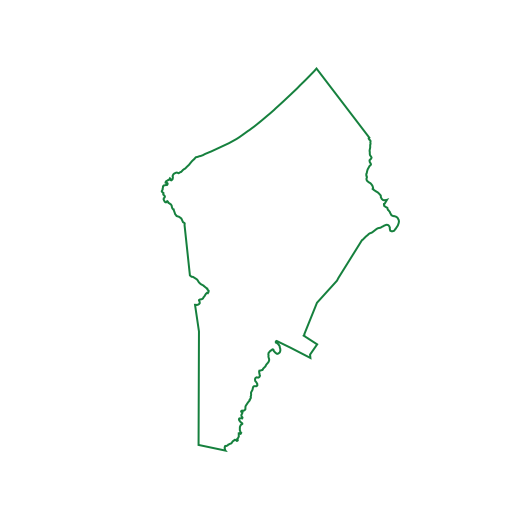 the district of San Pedro Mixtepec -Dto. 22 -, Oaxaca, Mexico, rotated 116°
{"feature_id": "50627088B24493610345769", "entity_name": "San Pedro Mixtepec -Dto. 22 -", "entity_type": "district", "adm_level": 2, "iso_a3": "MEX", "parent_name": "Mexico", "parent_adm1": "Oaxaca", "projection": "albers", "projection_center": [-97.055, 15.945], "detail": "fine", "context": "isolated", "style": "outline", "palette": "green", "viewbox_px": 512, "rotation_deg": 116, "n_neighbors": 0, "source": "geoboundaries", "source_scale": "gbopen_adm2", "svg_char_len": 6149}
<svg xmlns="http://www.w3.org/2000/svg" viewBox="0 0 512 512"><g transform="rotate(116 256 256)"><path d="M148.1,162.9L148.5,163.3L149.5,165.0L149.9,165.7L150.0,166.4L149.8,167.1L149.7,167.8L148.4,169.6L147.3,170.1L146.8,170.7L146.5,171.6L146.1,172.4L145.5,174.3L145.4,174.8L145.4,176.2L145.2,176.8L145.2,177.5L144.9,179.4L144.6,180.5L144.0,180.3L143.0,181.0L141.7,182.3L141.1,183.5L140.6,184.5L140.4,185.3L140.3,187.0L139.9,188.6L139.7,189.2L139.0,190.1L137.8,190.7L137.0,190.7L136.5,190.9L135.8,191.4L135.8,191.7L135.5,192.0L134.0,192.8L132.9,192.8L131.5,193.2L129.3,193.6L125.3,193.4L124.3,192.9L123.4,192.8L122.6,193.4L121.9,194.7L120.7,195.7L120.0,195.9L119.6,195.7L119.2,195.7L118.8,195.4L118.3,195.3L117.6,195.2L116.9,195.3L116.4,195.9L115.4,197.7L114.5,198.4L112.5,199.4L111.9,199.9L111.2,200.2L110.5,200.4L108.5,200.9L106.0,202.1L105.0,202.2L103.8,203.0L102.5,203.4L101.9,204.2L101.8,205.0L101.2,206.0L100.9,206.3L100.5,206.3L100.0,206.0L61.0,283.8L64.3,284.7L76.3,288.7L83.2,291.2L87.3,292.5L104.8,299.1L115.1,303.2L116.6,303.7L120.2,305.2L122.3,306.1L124.0,306.9L132.6,310.7L140.5,314.4L143.1,315.8L145.5,317.0L147.3,318.1L156.6,323.1L159.4,324.8L166.5,329.8L181.8,342.2L183.2,343.5L184.6,344.7L185.7,345.7L187.0,346.8L188.5,347.8L190.5,349.7L191.1,350.6L192.5,351.9L193.1,352.7L193.7,353.4L195.5,353.9L195.9,353.9L196.3,354.2L196.6,354.2L197.1,354.5L199.1,355.2L201.2,355.7L202.4,356.0L202.9,356.0L206.6,357.4L207.0,357.5L208.5,358.0L209.4,358.7L210.8,359.4L213.2,360.1L213.7,360.7L215.5,361.8L215.7,363.7L216.2,364.4L217.7,365.6L218.6,366.0L219.6,366.1L220.8,366.0L221.1,365.6L221.7,365.2L223.3,364.7L223.8,364.7L225.1,365.2L225.2,365.4L225.2,366.0L224.4,366.7L224.0,366.9L223.9,367.4L224.6,367.4L226.1,367.9L226.4,368.4L227.2,368.8L227.8,369.2L228.1,369.5L228.8,369.6L229.4,369.6L229.8,369.4L229.7,368.7L229.3,367.9L229.4,367.5L229.9,367.0L230.5,367.0L231.0,367.0L231.3,367.2L231.3,367.5L231.9,368.4L232.6,369.1L232.9,369.7L233.6,370.0L234.2,370.1L234.8,369.9L235.4,369.6L236.6,369.4L237.0,369.1L239.1,369.1L239.4,368.8L239.7,368.1L239.8,367.2L240.0,366.7L240.8,366.6L241.1,366.5L241.4,366.2L241.6,365.9L241.6,365.6L241.9,364.8L242.3,364.1L243.1,363.8L243.9,363.9L244.6,364.2L245.7,363.8L247.1,362.0L247.2,361.7L247.4,361.2L247.4,360.8L247.1,360.4L247.0,360.2L245.9,360.0L245.6,359.8L245.6,359.6L245.7,359.3L246.1,358.6L246.7,357.9L246.7,357.7L246.6,356.9L246.8,356.5L246.9,355.4L247.0,355.0L247.3,354.5L247.9,353.7L248.6,353.3L249.9,352.0L250.3,351.1L250.2,350.4L250.9,350.0L251.8,349.0L253.9,346.9L254.6,345.2L254.9,344.9L254.5,342.4L255.0,339.6L257.6,336.4L257.7,334.8L258.1,334.3L259.5,333.8L302.4,306.9L302.9,304.9L302.4,303.4L302.9,299.0L303.3,298.0L304.7,295.8L305.2,294.3L305.5,293.2L305.6,290.1L305.9,289.7L305.9,289.1L306.1,288.6L306.4,287.2L306.6,286.5L306.6,285.5L307.3,285.2L307.7,284.2L307.8,283.8L308.1,283.2L309.3,282.9L309.8,282.9L310.5,283.0L310.4,283.8L311.9,284.4L313.5,284.6L314.3,284.6L315.7,284.9L316.3,285.1L317.3,285.0L318.2,285.5L319.1,286.4L319.5,287.2L320.6,287.9L320.9,287.8L321.4,287.1L321.9,286.6L322.5,286.2L323.1,285.9L323.7,286.0L324.3,286.2L324.7,286.5L325.2,286.8L325.8,287.5L326.1,287.9L326.1,288.4L326.6,289.4L348.8,274.2L451.0,224.8L444.3,198.2L444.0,198.8L443.4,199.0L442.3,200.1L441.6,200.1L441.1,200.4L440.6,200.5L440.1,200.2L439.6,199.2L438.5,198.4L437.6,198.2L437.2,197.7L436.5,197.3L435.4,196.2L434.6,195.9L432.9,195.7L432.3,195.4L431.9,195.2L431.3,194.8L430.8,194.7L430.4,194.4L430.3,193.6L430.6,192.2L430.2,191.7L429.5,191.6L429.1,192.1L428.9,192.6L428.5,192.7L428.2,192.4L425.9,192.3L422.9,193.8L422.6,193.4L422.7,192.8L422.6,191.9L422.0,191.8L421.5,191.8L421.4,192.5L420.4,193.3L420.0,193.9L419.2,194.4L416.8,195.5L415.9,195.6L414.5,195.6L413.0,194.7L412.5,194.9L412.3,195.5L412.3,196.1L412.0,196.7L412.0,197.2L411.5,198.0L411.3,198.6L410.9,199.2L410.1,199.8L409.7,199.8L409.2,199.7L408.7,198.6L408.3,198.2L408.0,197.2L407.2,197.3L406.9,197.7L406.5,198.6L406.2,198.9L405.5,199.4L404.9,199.5L404.0,199.4L402.7,199.5L402.1,199.8L402.5,200.3L402.4,201.1L401.6,201.2L401.0,200.7L401.0,200.0L400.4,199.2L399.8,198.9L398.9,198.4L398.3,198.4L397.5,198.8L395.8,199.5L394.9,199.5L391.1,199.0L388.8,198.4L388.3,198.7L387.8,198.4L387.4,198.4L387.0,198.6L385.9,198.4L385.4,198.6L384.9,199.1L383.9,199.2L382.3,199.8L381.6,200.3L380.8,200.6L379.9,200.6L378.1,200.5L377.5,200.6L376.8,200.7L376.4,200.9L374.7,201.1L373.9,200.7L372.8,198.5L372.2,198.2L371.7,198.1L371.3,198.5L370.6,198.6L370.3,198.9L369.2,200.6L369.0,201.2L368.6,202.0L367.1,202.9L366.1,203.0L365.7,202.9L364.8,202.3L364.6,201.4L364.2,200.5L363.4,200.0L362.5,199.9L361.8,200.0L361.2,200.7L360.3,201.2L360.1,201.5L359.2,202.1L358.6,202.5L357.6,202.7L357.1,201.9L356.8,201.5L356.2,201.1L356.0,200.7L355.7,200.3L355.1,200.1L354.4,200.2L353.8,200.1L351.0,199.1L350.4,199.2L349.0,199.1L346.4,198.4L345.4,198.3L344.3,198.4L343.4,198.7L342.6,199.3L341.9,200.0L341.0,200.7L340.6,200.9L339.7,201.2L339.2,201.7L338.2,202.0L337.8,202.2L335.4,201.7L334.9,201.3L334.5,201.3L334.0,200.9L332.7,200.3L332.5,199.7L332.7,199.1L333.4,198.7L333.7,198.2L333.8,197.6L334.2,196.9L334.6,195.4L334.7,194.1L333.9,193.2L332.5,192.5L331.8,192.4L331.1,192.5L330.0,192.8L328.8,193.5L327.9,194.4L326.6,195.3L326.2,195.9L326.1,196.4L325.6,196.8L325.3,198.2L324.9,198.8L325.1,199.5L325.1,200.2L324.5,200.6L323.8,200.6L323.3,200.2L323.3,184.7L323.8,162.4L320.9,164.2L308.6,162.3L306.7,178.2L306.2,178.1L305.7,177.9L305.1,178.3L271.3,180.7L242.7,172.4L239.4,172.3L195.3,167.7L194.8,167.3L190.4,165.8L187.8,164.6L187.0,164.4L185.8,163.7L184.6,162.5L183.8,161.9L178.7,159.4L177.4,158.4L176.0,156.5L174.0,155.2L173.3,154.5L172.6,154.2L170.8,152.5L170.5,151.9L170.4,151.2L170.3,150.5L170.9,149.2L171.9,148.1L172.9,147.7L174.4,146.4L174.4,145.9L174.3,144.8L174.1,144.4L173.0,143.1L172.3,142.8L171.1,142.7L170.1,142.3L169.2,142.3L168.1,142.1L166.4,141.9L163.9,142.2L162.4,142.6L161.1,143.5L159.7,145.4L159.4,146.4L159.3,147.5L159.6,149.4L159.9,149.9L160.0,150.7L160.0,152.1L158.4,154.4L157.9,154.8L156.8,157.0L156.8,157.4L156.2,158.2L155.1,159.1L155.1,160.6L154.8,162.7L153.8,163.5L153.1,163.8L152.6,163.3L148.1,162.9Z" fill="none" stroke="#15803d" stroke-width="2"/></g></svg>